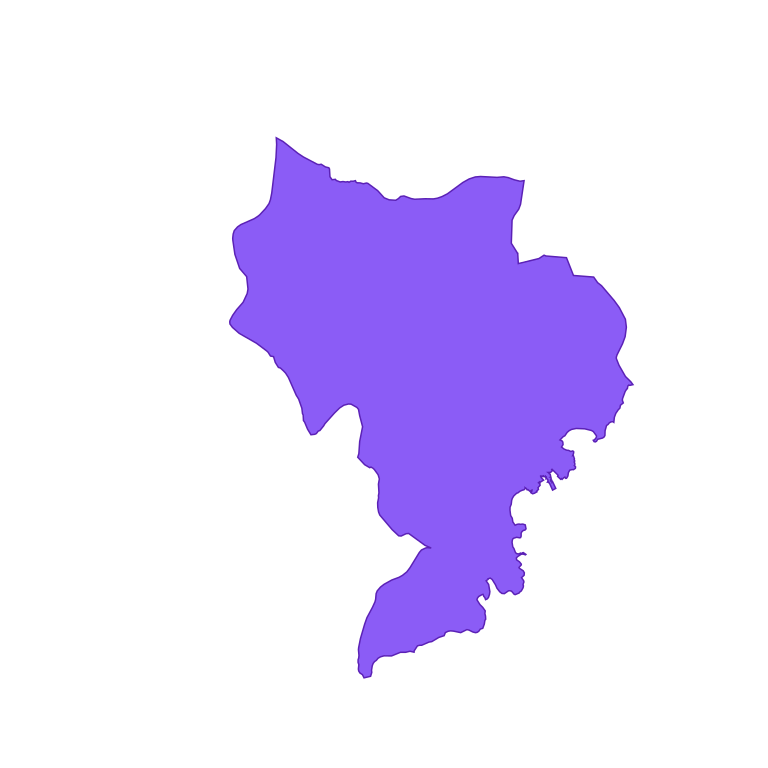 Kota Bima, Nusa Tenggara Barat, Indonesia, rotated 217°
{"feature_id": "22746128B33789977192923", "entity_name": "Kota Bima", "entity_type": "district", "adm_level": 2, "iso_a3": "IDN", "parent_name": "Indonesia", "parent_adm1": "Nusa Tenggara Barat", "projection": "robinson", "projection_center": [118.763, -8.441], "detail": "fine", "context": "isolated", "style": "filled", "palette": "violet", "viewbox_px": 768, "rotation_deg": 217, "n_neighbors": 0, "source": "geoboundaries", "source_scale": "gbopen_adm2", "svg_char_len": 6171}
<svg xmlns="http://www.w3.org/2000/svg" viewBox="0 0 768 768"><g transform="rotate(217 384 384)"><path d="M223.1,137.3L218.8,142.5L220.2,146.3L221.7,147.9L223.8,151.9L224.5,154.3L224.5,156.6L223.8,158.7L223.7,161.4L222.6,164.0L220.4,166.9L214.3,171.4L209.4,179.6L205.3,182.7L202.4,186.2L198.6,187.9L199.3,189.1L199.7,195.0L198.3,196.8L196.7,198.0L192.8,204.9L190.8,207.0L187.7,214.6L184.5,219.2L185.4,222.4L184.0,225.1L182.3,226.9L179.7,228.5L173.1,231.6L170.0,237.7L168.1,238.6L163.8,239.4L161.2,240.5L160.1,241.8L159.5,243.5L159.6,246.2L158.1,248.3L159.4,252.6L161.2,256.0L161.2,257.3L163.3,259.8L165.2,261.3L166.6,263.7L170.6,265.0L174.7,265.6L179.9,267.6L180.5,269.2L180.5,271.3L178.9,274.9L178.3,275.6L176.4,274.4L175.1,274.2L173.1,272.9L172.2,274.5L172.1,276.4L173.2,279.6L174.5,281.9L179.8,286.9L184.0,288.3L183.3,290.6L183.7,291.0L182.4,292.9L180.0,293.0L174.1,290.7L170.9,288.9L166.5,287.7L163.8,287.7L161.7,289.0L160.1,293.8L159.0,294.7L157.4,295.3L153.5,294.4L152.5,294.7L150.3,298.4L150.4,299.4L149.8,301.4L150.3,304.9L151.1,306.7L152.0,307.2L152.6,308.4L153.1,310.1L154.2,311.0L157.6,312.1L157.0,315.6L158.3,317.7L160.4,318.6L165.0,318.3L165.8,318.8L165.5,322.2L166.0,322.8L168.8,323.5L172.3,323.4L173.6,324.7L173.4,326.6L172.0,330.5L170.7,331.8L168.2,332.7L168.1,333.3L171.3,333.2L172.0,332.3L171.9,331.5L172.7,331.0L173.2,331.1L174.3,329.2L176.2,328.3L177.9,328.7L181.2,330.8L183.2,331.5L186.5,334.7L187.6,336.7L187.9,338.0L187.6,338.9L185.8,341.4L182.9,342.9L182.5,343.6L182.9,345.0L184.7,347.4L185.0,349.0L184.6,350.9L183.5,352.2L183.4,353.8L186.4,356.5L188.8,355.7L190.9,353.8L191.8,353.5L193.3,352.0L194.3,350.1L198.1,351.4L200.8,354.0L203.7,355.2L207.4,359.0L209.2,361.5L210.0,364.5L212.0,367.9L212.7,369.9L213.0,372.8L212.3,376.7L211.6,377.5L210.8,380.4L209.3,382.9L208.6,383.6L208.3,385.7L208.8,386.1L207.7,386.2L205.9,385.6L205.5,386.3L202.5,386.1L202.5,387.2L202.0,388.3L201.5,387.7L201.2,385.6L199.2,385.8L198.1,387.3L197.0,389.9L197.6,390.1L197.2,392.8L198.6,393.9L198.4,397.0L198.9,397.2L199.2,398.1L201.2,398.1L200.9,399.6L200.1,399.6L198.7,403.3L201.3,403.7L202.3,404.0L202.7,404.2L204.1,405.0L203.5,404.7L203.4,405.1L202.1,404.9L201.8,406.1L201.5,406.0L201.3,406.6L200.5,406.2L200.0,406.5L199.7,407.5L198.3,406.5L198.2,406.9L197.8,406.2L197.7,406.7L196.8,406.5L196.7,406.9L196.7,406.5L196.3,406.2L196.0,406.6L196.2,406.2L195.5,406.1L194.6,405.1L194.4,404.0L193.5,404.7L193.1,404.3L192.2,404.4L185.5,400.7L184.0,404.0L190.3,407.3L190.6,406.5L191.5,407.6L191.7,407.3L192.6,407.5L192.7,407.1L193.2,407.6L192.9,408.2L193.3,408.2L193.7,409.2L194.3,409.7L195.0,409.6L194.7,410.0L196.9,411.9L198.0,412.0L198.4,411.3L198.3,412.3L199.6,412.2L197.8,413.7L197.6,414.5L197.4,415.7L197.7,416.3L198.6,416.6L198.5,417.0L190.1,415.9L189.8,414.7L185.6,414.2L185.4,415.2L184.4,415.0L184.1,417.0L183.5,418.5L182.1,418.0L181.6,418.4L181.5,419.2L181.8,421.3L183.4,424.2L183.8,427.0L182.2,428.9L181.1,429.6L180.4,431.8L181.1,433.1L182.9,433.4L182.9,434.2L183.9,435.5L185.2,436.2L185.3,437.3L186.6,438.0L186.8,438.8L189.7,440.8L190.2,440.3L190.7,442.3L191.6,444.0L192.9,444.2L194.3,442.5L196.6,442.1L198.2,441.1L201.1,440.4L204.3,440.5L204.5,443.3L206.2,445.2L207.3,445.7L209.8,445.2L209.2,449.8L208.4,451.5L208.6,455.6L208.0,458.3L206.8,460.7L203.7,464.2L196.7,469.0L190.4,471.7L188.2,472.0L183.2,470.5L182.5,469.6L182.2,468.1L182.4,466.0L183.0,465.0L181.6,464.4L180.4,464.9L179.8,466.2L180.1,468.4L176.9,472.4L176.3,474.3L176.6,475.9L179.3,479.7L181.3,484.8L180.7,486.6L180.7,488.4L180.0,490.2L178.5,491.7L177.4,491.7L180.0,496.1L181.2,500.1L181.4,504.3L181.1,506.7L182.4,509.3L181.5,512.9L183.9,514.5L184.7,515.9L186.9,523.2L187.1,526.0L186.8,526.7L188.0,529.0L187.9,530.4L186.8,530.9L184.8,533.3L188.1,534.3L195.7,535.3L207.6,540.4L213.7,544.1L214.6,545.2L215.4,547.5L217.7,559.6L219.9,566.9L224.6,575.2L230.2,581.0L242.0,586.6L250.5,589.2L269.4,593.4L274.4,593.5L280.9,595.6L298.0,584.7L314.3,594.7L331.7,583.7L333.7,583.2L335.8,577.4L349.2,561.0L355.9,568.9L356.8,568.5L356.3,568.9L367.0,573.0L380.3,591.9L381.4,596.9L381.6,604.7L383.1,609.7L394.5,630.7L397.4,627.8L402.8,625.5L409.0,623.6L413.0,621.6L418.0,617.1L431.8,607.8L435.7,604.3L439.4,599.0L442.3,592.4L447.8,574.1L450.4,568.7L453.1,564.6L456.0,561.5L462.5,556.8L470.7,550.0L474.0,548.4L481.2,546.2L483.6,543.8L484.1,540.7L485.2,537.8L490.7,534.2L495.9,532.8L505.3,534.6L517.7,534.5L519.0,533.9L521.0,531.5L524.2,530.2L526.5,528.5L527.9,528.4L529.2,529.2L530.6,527.4L532.6,526.0L533.3,524.0L534.6,523.9L536.1,522.3L538.6,521.0L540.6,519.0L544.6,517.8L546.0,518.2L548.4,515.9L551.9,517.0L556.9,522.9L558.2,523.5L561.4,522.1L566.4,521.7L567.9,520.1L569.5,519.3L585.0,516.8L591.6,516.4L610.4,516.9L618.2,515.8L613.9,510.7L606.5,499.8L588.6,469.0L585.6,462.8L584.4,458.9L584.2,452.7L585.1,444.1L585.7,441.9L587.2,437.8L594.2,425.3L595.5,421.4L595.9,416.4L594.7,413.0L592.5,409.3L591.1,407.7L581.1,397.8L568.8,389.4L558.3,387.1L549.8,378.0L547.7,373.9L545.7,364.5L546.4,354.7L546.2,347.8L545.3,342.3L544.6,340.8L543.1,339.2L539.1,338.0L530.1,337.3L510.4,339.8L497.6,339.8L495.7,339.6L491.5,338.0L488.7,339.4L483.8,335.8L478.3,333.7L476.4,334.4L472.2,334.0L469.2,333.5L464.3,331.7L447.3,322.2L443.1,320.6L435.0,315.2L431.3,311.3L429.9,310.6L426.3,306.3L424.5,305.8L417.8,301.9L411.8,299.5L409.0,302.2L408.2,303.7L408.2,306.8L407.2,308.3L407.0,314.2L407.3,316.8L406.1,330.9L405.0,338.2L403.3,342.9L400.3,346.7L398.1,348.1L391.5,349.0L389.1,348.4L384.4,344.1L375.4,337.0L368.8,323.4L362.2,313.3L360.9,309.7L350.9,307.9L345.0,308.6L344.4,309.8L342.3,310.1L340.3,309.9L334.1,308.0L330.6,305.4L328.2,300.7L322.5,294.0L321.3,291.5L319.8,289.8L317.6,285.3L314.7,281.7L311.3,278.5L308.5,276.8L289.9,272.6L280.9,271.6L278.8,272.9L276.3,277.7L274.3,279.5L254.2,279.8L247.6,281.4L251.0,279.3L252.1,278.0L254.2,274.0L254.4,270.7L252.7,253.1L252.7,247.7L254.1,242.2L255.7,238.6L259.8,232.2L263.4,224.1L264.6,219.7L264.9,214.7L264.1,211.8L261.1,207.0L260.1,204.6L258.8,198.7L257.0,187.1L254.9,180.5L249.6,166.5L245.6,158.2L244.5,156.4L240.6,152.1L239.3,149.9L238.8,148.3L237.2,146.1L235.2,144.7L232.9,140.9L231.5,139.6L229.3,138.7L226.3,138.9L223.1,137.3Z" fill="#8b5cf6" stroke="#5b21b6" stroke-width="1.5"/></g></svg>